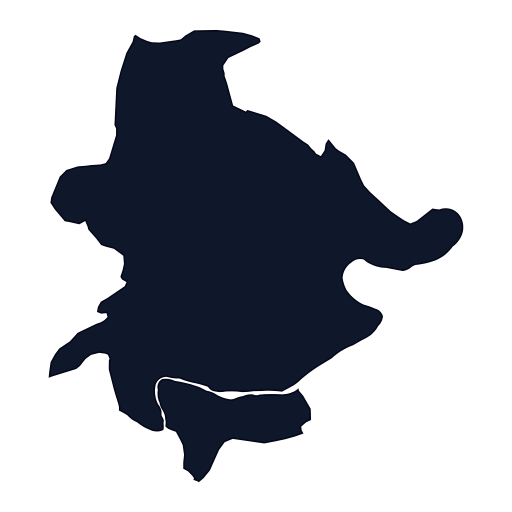 the district of Shirbin, Ad Daqahliyah, Egypt
{"feature_id": "37247803B76793683664752", "entity_name": "Shirbin", "entity_type": "district", "adm_level": 2, "iso_a3": "EGY", "parent_name": "Egypt", "parent_adm1": "Ad Daqahliyah", "projection": "mercator", "projection_center": [31.57, 31.249], "detail": "fine", "context": "isolated", "style": "filled", "palette": "ink", "viewbox_px": 512, "rotation_deg": 0, "n_neighbors": 0, "source": "geoboundaries", "source_scale": "gbopen_adm2", "svg_char_len": 6070}
<svg xmlns="http://www.w3.org/2000/svg" viewBox="0 0 512 512"><path d="M49.5,376.6L53.0,375.4L75.9,368.3L79.4,365.5L85.0,358.4L90.7,354.2L99.1,352.1L105.4,352.9L108.5,354.2L110.3,358.7L109.6,360.8L109.5,369.3L114.4,388.6L116.5,395.8L119.2,404.4L119.7,407.2L119.7,410.1L124.1,412.4L127.7,414.6L129.8,416.7L131.2,417.9L132.2,418.7L133.2,419.4L134.9,420.4L137.6,421.7L139.6,423.3L141.0,424.3L143.8,426.1L146.0,427.3L147.6,428.0L151.9,429.9L153.7,430.4L156.0,430.7L157.9,430.7L159.2,430.6L161.0,430.1L162.7,429.5L162.9,428.5L163.0,427.3L163.0,426.0L162.9,424.6L162.8,423.5L162.9,422.0L163.1,420.7L162.8,419.7L162.5,418.8L160.8,415.8L160.9,415.6L160.7,414.5L160.7,413.7L160.8,412.0L160.6,410.7L160.2,409.3L159.6,408.0L159.2,407.2L158.5,406.0L157.7,405.0L156.8,403.3L155.9,401.1L155.1,398.5L154.6,395.9L154.3,393.2L154.2,391.2L154.2,389.9L154.5,387.2L154.8,385.2L155.0,384.4L155.2,383.8L155.5,383.0L156.1,381.9L157.0,380.5L157.9,379.6L158.5,379.0L159.8,378.0L161.3,377.2L162.9,376.6L164.9,376.2L166.7,376.1L169.6,376.8L172.8,377.4L176.0,377.7L179.5,377.7L183.9,379.4L188.0,380.7L192.2,381.8L196.6,382.7L199.8,383.5L204.6,384.9L208.2,386.1L208.4,386.1L209.1,387.2L210.0,388.2L211.1,389.2L212.0,389.7L213.0,390.2L214.0,390.5L215.7,390.8L217.5,391.1L219.3,391.3L221.1,391.3L222.8,391.2L224.7,390.9L226.5,390.7L231.9,390.6L237.3,390.8L242.5,391.4L248.2,391.1L253.7,390.4L260.3,390.3L265.8,390.0L270.0,390.0L274.2,390.2L278.5,390.5L281.9,390.9L291.9,385.5L293.1,384.8L294.9,383.6L296.1,382.7L297.8,381.4L299.4,379.9L300.5,378.8L304.0,375.9L307.6,373.0L311.4,370.2L317.1,366.3L331.4,357.6L332.9,356.2L335.1,354.4L337.5,352.6L339.9,350.9L342.5,349.4L345.9,347.5L349.5,345.8L352.7,344.6L360.3,340.2L366.7,336.8L368.9,335.4L370.5,334.3L371.9,333.0L372.8,332.1L374.2,330.6L375.4,329.1L376.1,328.1L377.5,325.7L378.3,324.8L379.3,323.7L380.1,322.5L380.5,321.7L381.2,320.4L381.6,319.1L382.0,317.7L382.2,316.3L381.7,314.9L381.1,313.9L380.2,312.6L379.4,311.8L378.5,311.0L377.9,310.6L376.5,309.9L374.7,309.3L371.9,308.1L368.7,306.9L365.4,305.9L363.2,305.2L360.8,304.0L358.7,302.8L357.4,301.9L355.4,300.5L353.5,298.9L351.7,297.3L350.0,295.6L348.4,293.7L346.9,291.8L345.8,290.3L344.5,287.4L343.7,285.5L343.3,284.1L342.8,282.6L342.3,280.5L341.9,278.3L341.9,277.6L341.9,277.3L342.2,275.1L342.6,273.5L343.1,271.9L344.0,269.8L344.8,268.4L345.7,267.0L347.1,265.3L348.2,264.1L349.5,263.0L351.1,261.8L352.6,260.6L353.8,259.9L355.0,259.3L356.6,258.7L357.9,258.4L359.7,258.3L361.5,258.3L362.8,258.5L364.4,259.0L365.3,259.9L366.6,260.9L367.9,261.9L369.4,262.7L373.2,264.5L376.6,265.7L378.7,266.2L381.5,266.8L383.6,267.0L386.1,267.1L402.9,270.3L405.1,269.8L407.3,268.9L408.6,268.2L409.4,267.7L411.1,266.4L412.2,265.6L413.8,264.8L415.1,264.3L415.7,264.2L418.1,263.9L421.3,263.4L425.5,262.6L430.7,261.2L435.1,259.7L437.7,258.5L440.4,257.0L443.0,255.4L445.4,253.5L447.1,251.9L449.2,249.7L450.7,248.0L452.2,246.0L454.4,244.3L456.1,242.6L457.3,241.2L458.4,239.7L459.7,237.7L460.8,235.4L461.3,234.3L461.8,232.7L462.3,230.5L462.5,228.5L462.5,226.1L462.3,223.8L462.0,222.7L461.6,221.1L460.9,219.2L460.3,217.8L459.2,216.1L458.0,214.5L456.6,213.1L455.0,211.9L453.3,210.8L451.7,210.1L450.3,209.6L448.9,209.3L446.4,209.0L444.9,209.0L442.9,209.2L441.5,209.5L439.6,210.2L436.1,209.9L432.7,209.3L417.0,221.6L410.3,224.3L403.8,221.0L398.3,217.4L390.4,211.9L378.3,200.6L369.5,192.5L363.5,185.9L360.4,179.6L353.4,163.2L345.4,155.2L338.4,151.2L335.2,148.7L328.5,140.5L326.3,144.0L325.3,150.7L321.1,157.1L315.5,154.2L313.8,151.7L310.7,148.9L307.6,145.1L302.8,142.0L295.4,136.5L276.2,122.4L266.1,116.5L247.6,110.8L246.0,112.5L232.5,106.0L226.4,83.5L223.9,76.1L223.9,73.3L222.6,69.0L222.6,65.2L224.6,62.3L227.9,57.4L244.2,49.6L250.1,46.5L258.3,42.9L259.8,41.5L259.0,38.9L251.8,36.0L242.8,33.5L224.6,31.4L216.4,30.7L194.3,31.1L185.9,36.0L181.0,40.1L176.7,40.9L173.1,41.4L159.7,43.3L151.5,43.0L147.1,41.7L140.2,38.8L135.5,35.7L134.5,36.6L133.3,41.9L127.0,53.3L121.3,71.1L117.0,88.2L115.2,124.9L116.8,128.2L116.8,135.3L109.7,158.8L106.1,163.8L100.5,165.2L91.4,165.8L85.8,166.5L78.0,167.1L66.8,170.6L60.4,177.0L51.9,197.6L51.2,202.6L55.4,209.0L65.2,220.6L69.4,221.3L79.2,223.5L85.6,220.0L88.3,226.5L89.0,229.3L96.7,238.0L101.6,244.4L105.8,245.9L114.2,248.1L124.0,255.3L124.7,263.9L123.3,270.3L121.2,276.7L122.5,278.9L127.5,281.8L125.3,286.7L107.7,298.7L101.4,302.2L98.6,307.2L97.8,311.5L101.3,312.9L107.0,312.3L108.4,317.3L104.8,320.8L101.3,322.9L97.1,324.3L78.1,333.4L70.4,341.9L59.8,349.0L55.6,354.6L51.3,362.4L49.9,372.4L49.5,376.6ZM302.4,433.1L300.8,430.2L300.8,429.1L300.4,426.2L301.0,425.8L305.7,421.7L310.3,419.5L310.0,409.1L302.6,396.2L298.2,391.0L298.0,389.7L296.8,390.7L295.2,391.7L293.9,392.4L292.4,392.9L291.0,393.6L288.4,394.3L286.4,394.7L283.6,395.0L281.5,395.1L277.6,394.9L273.0,394.8L265.5,394.9L259.9,395.3L258.3,395.8L256.4,396.0L254.6,395.8L253.5,395.5L252.7,395.1L251.3,395.1L249.7,395.1L248.1,395.3L246.5,395.7L245.0,396.1L243.4,396.8L241.5,397.1L239.4,397.6L237.4,398.3L234.6,399.4L233.4,399.8L231.8,400.0L230.6,400.1L229.0,399.9L225.7,399.2L223.6,398.6L221.5,397.9L219.5,397.0L218.1,396.4L216.2,395.3L214.4,394.2L212.2,393.1L209.4,392.1L207.6,391.7L206.2,391.4L202.4,389.4L198.9,387.7L195.0,386.4L190.0,384.8L186.2,383.9L181.0,382.7L174.8,381.6L174.1,381.4L171.7,380.4L169.6,379.9L167.9,379.6L165.7,379.5L164.1,379.6L162.4,379.8L161.2,380.6L160.4,381.4L159.9,381.9L159.5,382.5L159.0,383.5L158.6,384.5L158.4,385.1L158.2,386.2L158.2,387.6L158.3,388.7L158.6,389.9L158.3,392.0L158.3,394.2L158.4,395.9L158.6,397.6L159.0,399.1L159.3,400.3L160.2,402.4L160.6,404.4L161.2,406.2L162.0,407.9L162.4,408.7L163.2,409.8L164.0,411.3L164.7,412.8L165.4,414.8L165.8,416.9L166.0,419.4L166.3,420.8L166.4,421.7L166.4,423.7L166.2,425.5L166.3,426.4L168.7,428.2L172.2,429.7L176.4,431.2L180.6,439.0L183.4,444.8L184.8,454.8L184.0,462.6L184.0,468.3L188.2,470.5L193.1,475.5L194.5,477.7L195.2,478.4L194.4,479.2L195.2,479.8L198.0,480.6L198.7,481.3L202.9,477.8L209.3,470.0L215.0,457.2L218.5,449.4L224.2,441.6L232.6,438.1L264.2,442.7L274.7,440.7L284.6,438.6L294.4,435.9L302.4,433.1Z" fill="#0f172a" stroke="#020617" stroke-width="1.5"/></svg>